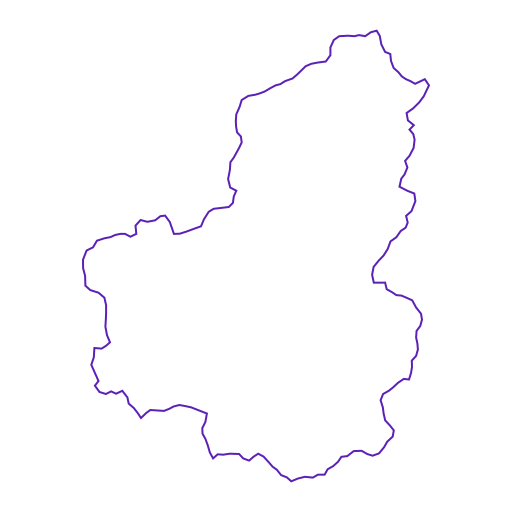 the district of Mercês, Minas Gerais, Brazil
{"feature_id": "56859067B39060199569900", "entity_name": "Mercês", "entity_type": "district", "adm_level": 2, "iso_a3": "BRA", "parent_name": "Brazil", "parent_adm1": "Minas Gerais", "projection": "robinson", "projection_center": [-43.332, -21.177], "detail": "fine", "context": "isolated", "style": "outline", "palette": "violet", "viewbox_px": 512, "rotation_deg": 0, "n_neighbors": 0, "source": "geoboundaries", "source_scale": "gbopen_adm2", "svg_char_len": 2866}
<svg xmlns="http://www.w3.org/2000/svg" viewBox="0 0 512 512"><path d="M140.6,220.0L135.5,225.6L136.3,233.9L130.4,236.7L125.1,233.9L120.2,233.9L115.1,235.0L110.5,237.1L104.4,238.3L96.9,240.7L93.1,247.3L86.6,250.5L83.0,259.7L83.1,268.2L85.1,275.8L85.4,285.7L90.3,290.1L98.5,292.7L104.4,297.7L106.1,305.2L106.1,312.3L105.9,318.4L105.4,326.7L107.0,335.2L110.0,342.3L105.9,345.9L101.6,348.6L94.4,348.0L93.8,357.4L91.3,364.8L95.2,373.6L98.5,381.0L94.9,385.7L99.5,392.0L105.9,394.0L111.1,391.4L116.1,393.7L122.3,390.8L127.4,397.4L128.7,403.6L133.8,408.0L137.7,413.0L141.0,418.0L146.2,413.0L150.3,410.0L156.3,410.4L164.0,410.9L169.3,408.8L173.6,406.5L179.3,405.0L185.4,406.1L191.3,407.4L198.9,410.4L206.9,413.5L205.4,421.9L202.3,428.1L202.5,433.6L205.4,438.9L207.7,445.1L209.9,452.6L213.1,458.4L217.7,454.3L223.1,454.7L229.9,453.7L239.1,454.0L243.2,458.4L249.1,460.6L253.7,456.6L258.2,453.7L263.6,456.6L268.8,462.3L272.6,466.7L276.8,469.7L281.1,475.1L286.9,477.4L291.3,481.3L298.0,478.5L304.9,476.8L312.8,477.6L317.9,474.7L324.6,474.7L327.6,469.3L333.2,466.1L338.1,461.7L341.4,456.8L347.3,456.1L353.7,451.1L361.6,450.8L367.2,454.0L372.6,455.7L379.0,453.4L384.1,447.2L387.2,441.7L392.7,436.6L393.8,430.4L390.1,425.7L385.2,420.4L383.6,413.5L382.9,407.6L380.6,400.2L383.1,394.0L388.8,390.8L393.3,387.2L397.9,382.9L403.8,378.9L409.0,379.5L411.0,373.1L412.0,367.1L411.8,360.6L416.1,355.9L417.9,349.5L417.4,343.6L416.1,337.4L416.6,330.8L420.2,326.1L422.0,319.7L421.0,313.7L416.1,307.5L412.2,300.3L406.4,297.7L401.5,295.6L396.3,295.1L392.4,292.4L386.7,289.2L385.1,282.6L380.0,282.7L373.8,282.7L372.1,274.8L373.6,266.9L378.8,260.5L383.6,255.5L387.7,249.0L390.5,241.4L396.4,237.2L400.7,231.0L405.6,227.7L407.7,222.6L406.1,215.9L411.5,211.1L415.4,201.1L414.3,193.5L407.4,190.8L399.5,186.7L401.3,178.6L404.5,174.5L407.4,167.5L405.1,160.9L409.5,155.8L413.6,147.9L414.6,139.7L413.3,134.1L409.5,129.6L413.8,125.2L407.9,120.4L406.6,113.0L413.1,108.4L419.2,102.4L423.8,96.2L426.4,90.7L429.0,85.4L424.8,79.2L420.0,81.5L415.1,83.8L410.4,81.1L405.8,79.1L401.8,76.4L398.5,72.3L393.6,67.9L391.0,60.9L390.3,54.0L385.1,51.9L381.3,44.3L379.8,36.0L376.7,30.7L370.9,32.2L365.2,36.2L359.1,35.1L354.4,36.2L348.1,35.7L339.2,36.2L333.8,40.0L330.4,47.5L330.4,55.2L325.8,61.5L317.4,62.6L311.3,63.8L305.7,66.2L301.3,70.5L297.4,74.3L292.5,78.5L285.1,81.1L280.4,84.1L275.5,85.4L270.1,88.3L264.7,91.5L260.0,93.3L255.4,94.7L248.3,95.9L241.7,100.0L239.6,106.9L236.3,114.3L235.8,121.1L236.1,126.7L237.1,132.4L240.9,136.5L241.7,142.4L239.4,147.3L236.8,152.1L233.7,157.7L230.4,162.2L229.9,169.9L228.1,179.0L230.2,187.5L236.3,190.7L233.8,196.4L232.9,202.9L228.8,207.0L221.3,207.9L213.6,208.8L208.7,211.8L204.0,219.2L201.0,226.3L194.5,228.6L186.7,231.5L179.8,233.7L173.9,233.9L171.8,227.7L169.8,222.0L165.1,215.6L160.4,216.2L155.2,220.3L147.3,221.8L140.6,220.0Z" fill="none" stroke="#5b21b6" stroke-width="2"/></svg>